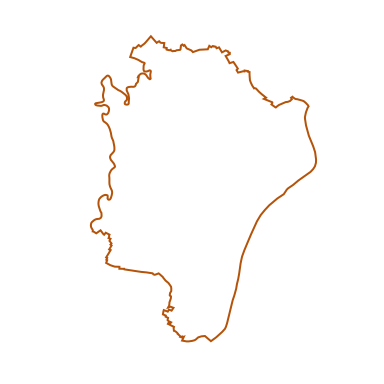 the district of Dong Anh, Ha Noi, Vietnam, rotated 283°
{"feature_id": "81297802B58266448529829", "entity_name": "Dong Anh", "entity_type": "district", "adm_level": 2, "iso_a3": "VNM", "parent_name": "Vietnam", "parent_adm1": "Ha Noi", "projection": "mercator", "projection_center": [105.849, 21.137], "detail": "fine", "context": "isolated", "style": "outline", "palette": "amber", "viewbox_px": 384, "rotation_deg": 283, "n_neighbors": 0, "source": "geoboundaries", "source_scale": "gbopen_adm2", "svg_char_len": 5996}
<svg xmlns="http://www.w3.org/2000/svg" viewBox="0 0 384 384"><g transform="rotate(283 192 192)"><path d="M140.3,255.3L146.9,256.1L155.8,257.6L164.3,259.1L178.1,261.9L184.9,264.1L190.8,267.0L196.5,270.3L205.0,276.7L210.5,281.9L215.6,283.8L217.2,284.8L221.5,288.8L227.3,293.2L238.3,303.0L241.4,304.8L244.6,306.0L248.3,306.2L251.5,305.6L258.5,303.0L263.8,299.8L273.1,293.2L282.6,288.1L288.6,285.7L290.3,285.2L295.2,285.1L299.9,285.7L301.7,286.3L302.7,285.4L304.5,282.7L305.7,280.3L305.9,278.3L306.1,273.6L305.9,272.3L306.1,271.2L307.0,269.0L307.4,268.5L306.1,267.3L304.8,268.4L302.7,267.0L301.4,265.1L300.7,263.1L296.3,257.1L294.4,255.5L293.4,254.9L293.2,254.4L295.2,249.7L295.9,250.0L296.7,250.2L297.2,250.2L297.5,250.0L298.9,241.1L300.6,242.9L302.9,238.1L304.7,234.8L307.2,231.1L307.3,229.4L307.0,229.1L309.3,226.7L311.8,224.7L314.0,223.3L318.1,222.0L320.7,221.3L321.8,221.1L321.8,219.3L322.4,219.3L322.2,215.9L321.3,216.0L321.1,214.6L318.7,210.0L320.8,208.0L322.5,208.9L325.8,205.5L328.0,203.1L326.0,199.6L327.8,198.2L332.1,194.2L334.8,197.8L336.2,197.5L336.1,196.0L337.1,195.6L337.5,193.0L334.8,189.8L339.0,185.8L337.6,183.6L338.9,182.4L338.7,180.9L338.9,180.9L338.9,179.4L337.4,178.2L338.3,176.0L334.6,175.3L332.3,167.3L328.5,161.4L329.2,160.4L329.8,159.5L330.4,156.4L330.6,155.2L330.8,154.5L333.5,151.7L332.6,150.9L333.6,149.5L333.2,149.0L332.3,148.3L331.6,148.3L331.0,148.5L330.0,148.5L328.4,148.7L327.8,148.4L326.6,145.0L326.1,144.5L325.8,144.3L325.6,143.9L325.3,142.4L324.8,141.6L324.8,141.3L325.0,140.6L325.1,140.0L325.2,139.6L325.8,139.2L325.3,138.6L325.0,138.0L325.0,135.5L325.1,135.1L326.6,135.0L326.6,131.9L330.9,131.5L330.4,128.5L330.4,127.9L330.5,127.5L331.5,126.2L331.2,125.7L329.4,124.0L334.5,116.9L327.8,113.4L325.9,112.3L323.2,110.1L322.8,109.8L322.4,109.7L322.1,109.3L323.2,107.0L323.0,106.8L319.8,104.8L319.6,104.5L319.4,102.5L309.6,101.4L309.4,105.8L309.1,107.4L308.6,110.2L308.0,111.9L307.3,114.2L307.2,116.2L307.1,116.6L306.8,116.9L306.5,116.9L304.9,116.5L304.0,116.5L300.8,117.1L299.6,117.6L299.0,118.2L298.9,118.7L298.9,119.5L299.3,120.9L300.1,122.2L300.9,123.1L301.0,123.6L300.9,124.3L300.4,124.7L299.8,124.8L297.0,124.9L294.1,125.8L293.4,126.1L293.1,126.2L292.7,126.0L292.4,125.5L292.7,124.7L293.4,123.4L295.3,121.4L296.0,120.5L296.4,119.5L296.6,118.3L296.4,117.2L295.9,115.9L295.4,115.3L294.1,114.4L292.9,113.7L292.4,113.6L291.8,113.5L292.0,114.2L287.1,114.5L284.7,113.1L283.6,113.1L283.0,113.0L282.3,112.7L281.7,112.1L281.3,111.3L280.9,109.1L280.2,107.0L279.5,105.8L279.0,105.3L278.6,105.1L278.1,105.1L276.3,105.5L272.8,108.1L269.1,109.6L266.2,110.0L264.1,110.4L263.8,110.4L263.4,110.3L263.0,110.0L262.7,109.5L262.4,108.6L262.4,107.5L262.7,106.8L263.3,106.5L264.1,106.4L265.0,106.5L265.7,106.9L266.5,107.5L267.5,107.8L268.5,107.6L269.8,107.2L270.8,106.5L271.7,105.3L273.5,101.5L274.3,99.4L274.7,97.3L277.1,91.3L277.7,90.4L278.5,89.7L280.1,89.0L283.4,87.8L284.8,86.8L285.9,85.5L286.4,84.7L286.5,84.0L286.3,83.3L285.7,82.7L283.8,81.5L281.5,80.0L280.3,79.4L278.9,79.2L278.1,79.2L277.4,79.5L276.4,80.1L275.3,81.4L274.2,82.4L273.2,82.9L271.5,83.3L266.9,83.4L265.9,83.6L264.3,84.1L261.9,85.5L261.4,85.6L260.8,85.5L260.1,85.0L259.6,84.4L258.8,83.0L256.9,78.4L256.5,78.0L256.1,77.8L255.6,78.0L255.2,78.5L255.0,79.2L255.0,80.4L255.3,82.8L255.4,83.9L255.9,84.9L256.8,86.2L257.1,87.0L257.1,88.2L257.0,89.4L255.9,91.5L254.8,92.3L253.5,92.7L251.8,92.8L250.4,92.6L249.5,92.3L248.6,91.7L248.3,91.3L248.1,90.7L248.1,90.1L248.5,88.7L248.5,88.2L248.3,87.7L247.8,87.4L246.8,87.3L244.9,87.8L242.4,88.9L241.5,89.5L240.9,90.2L240.2,92.0L239.3,93.8L238.2,95.1L236.7,96.4L234.9,97.7L231.5,99.6L227.7,101.2L226.7,101.8L224.0,103.8L219.0,106.0L217.5,106.5L215.7,106.9L214.9,106.9L213.8,106.7L212.7,106.2L210.3,104.8L209.5,104.4L208.1,104.2L207.5,104.3L206.7,104.6L205.1,105.7L202.1,109.5L201.1,110.3L199.7,111.2L199.3,111.2L198.8,111.1L196.4,109.2L195.5,108.6L193.9,108.0L191.7,107.5L190.1,107.5L188.7,107.8L187.6,108.2L185.2,108.8L183.3,109.2L181.1,109.8L179.3,110.7L177.9,111.6L175.5,113.5L174.5,114.0L173.1,114.4L171.1,114.5L169.1,114.4L167.5,114.2L166.6,113.9L166.2,113.6L165.8,112.8L165.8,112.2L166.1,111.7L166.7,111.2L169.0,110.8L169.7,110.4L169.8,109.4L169.7,108.3L169.3,107.4L168.6,106.4L167.9,105.6L166.5,104.4L164.7,103.4L163.3,103.1L162.1,103.1L160.2,103.3L158.5,103.8L157.1,104.4L153.3,106.7L152.3,107.4L151.5,108.3L150.1,108.8L148.6,109.2L147.6,109.3L146.4,109.0L145.2,107.9L144.9,107.4L144.6,106.3L144.0,104.8L143.2,103.7L142.3,102.8L140.2,101.3L139.3,100.9L138.0,100.8L136.6,101.0L135.3,101.5L134.1,102.4L132.7,103.8L132.0,104.0L131.3,104.1L131.4,104.6L130.2,108.0L134.1,111.5L131.2,114.9L130.6,116.0L132.9,117.1L131.9,121.2L130.9,121.0L130.3,121.2L129.6,121.3L128.3,121.1L128.1,123.1L125.8,122.6L123.8,125.1L122.4,124.4L121.8,125.7L117.4,124.2L117.1,125.8L109.0,123.1L108.7,124.2L106.7,123.8L106.5,124.7L103.6,124.3L102.3,129.0L101.9,133.5L102.1,134.6L102.8,138.1L100.9,138.5L101.9,143.2L101.4,143.5L102.7,160.3L103.4,165.6L103.9,171.9L103.1,172.9L102.9,174.0L103.3,175.0L105.2,177.8L104.4,179.4L102.6,182.7L101.8,183.5L99.7,186.2L98.0,189.6L95.1,192.8L94.5,193.1L93.4,193.5L91.2,194.0L90.4,194.0L88.9,193.4L88.3,193.4L86.5,193.5L86.1,193.7L85.9,194.1L85.7,194.9L85.6,195.0L84.5,195.2L83.1,195.3L79.9,194.9L79.0,194.9L78.1,195.1L75.7,195.3L74.9,194.9L74.1,194.7L75.4,196.8L75.0,200.0L71.8,198.8L72.2,196.0L70.0,195.3L70.6,191.1L69.4,191.0L66.2,191.2L65.7,194.3L64.6,194.3L64.0,197.0L61.7,197.0L61.3,197.6L60.8,198.6L60.3,201.0L59.5,200.6L59.9,198.7L58.1,198.2L56.5,204.8L55.3,204.7L52.7,205.6L52.7,206.4L52.1,208.1L51.5,209.1L50.8,210.1L50.5,210.0L49.3,212.2L48.7,213.1L48.2,213.0L48.2,213.5L48.0,214.2L48.0,214.5L49.1,215.0L49.0,216.0L48.8,216.3L49.0,216.6L45.0,215.8L45.2,220.2L45.7,222.4L46.9,225.5L48.0,227.6L48.9,228.7L51.8,230.8L53.5,233.7L54.6,237.0L50.9,244.0L55.9,248.3L62.5,252.9L66.1,254.9L68.4,255.4L72.5,255.7L95.7,256.0L100.6,256.5L107.8,256.8L112.5,256.5L117.5,256.6L123.2,256.3L133.6,255.4L140.3,255.3Z" fill="none" stroke="#b45309" stroke-width="2"/></g></svg>